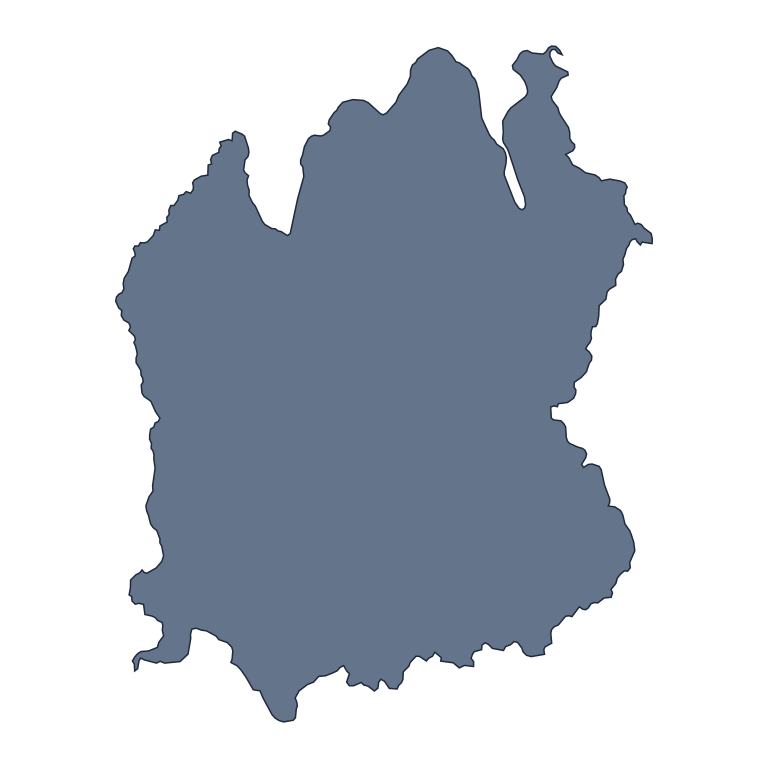 Itamarandiba, Minas Gerais, Brazil
{"feature_id": "56859067B40667879331711", "entity_name": "Itamarandiba", "entity_type": "district", "adm_level": 2, "iso_a3": "BRA", "parent_name": "Brazil", "parent_adm1": "Minas Gerais", "projection": "natural_earth1", "projection_center": [-42.866, -17.848], "detail": "fine", "context": "isolated", "style": "filled", "palette": "slate", "viewbox_px": 768, "rotation_deg": 0, "n_neighbors": 0, "source": "geoboundaries", "source_scale": "gbopen_adm2", "svg_char_len": 6079}
<svg xmlns="http://www.w3.org/2000/svg" viewBox="0 0 768 768"><path d="M640.3,245.0L642.2,242.1L652.1,243.6L652.3,238.8L651.1,233.4L644.1,228.1L641.2,224.5L637.8,223.2L635.0,224.4L630.4,215.1L627.5,211.9L627.0,207.9L624.4,204.7L623.9,195.7L625.6,193.3L625.9,190.0L627.2,187.1L624.8,182.9L620.0,181.0L609.8,179.1L601.3,180.8L599.1,177.7L595.2,175.0L585.4,172.7L579.2,168.1L572.6,164.8L568.7,157.4L565.6,154.6L573.0,150.6L574.7,147.6L574.5,144.4L571.8,142.1L569.8,138.4L569.7,132.2L568.4,127.3L560.9,115.9L559.2,112.6L557.8,107.6L552.2,100.3L551.2,96.5L556.8,87.5L559.1,81.1L561.2,78.2L568.2,75.1L567.7,71.9L555.5,65.9L552.9,62.7L549.8,56.1L550.1,52.1L552.1,49.5L555.2,49.5L557.9,53.0L562.1,54.7L559.6,50.1L555.7,46.4L551.5,46.1L548.6,47.8L546.0,51.8L543.0,54.1L532.0,53.0L527.3,50.5L522.7,51.4L519.7,54.1L517.0,59.6L512.4,65.4L513.2,69.4L520.3,75.0L524.6,81.3L526.6,86.2L527.6,91.1L527.0,94.3L524.8,97.2L510.8,107.9L508.0,111.4L502.7,121.1L503.3,131.9L502.7,139.3L503.6,142.8L507.5,149.0L509.0,152.8L517.9,180.1L524.5,196.9L525.6,204.7L524.6,208.1L522.0,209.8L519.1,208.4L514.8,202.2L504.3,175.2L504.2,171.6L506.0,163.5L506.4,157.7L505.3,152.8L503.3,148.8L496.8,144.3L494.2,140.0L491.4,137.6L489.2,134.4L481.7,118.0L478.7,91.5L476.1,81.8L474.6,78.8L471.7,75.7L470.2,71.6L468.2,68.9L459.1,62.7L456.1,61.9L451.9,55.5L447.6,50.9L438.3,47.6L429.1,50.3L417.7,58.9L415.6,62.6L412.4,65.0L410.5,70.0L410.4,76.3L407.2,84.1L398.8,95.3L396.0,102.2L386.5,113.1L383.1,114.8L380.3,113.6L368.2,102.7L363.5,100.4L352.8,99.6L342.7,102.3L338.3,107.2L336.8,110.3L334.0,112.7L329.2,119.9L328.3,123.9L330.6,127.2L329.9,130.6L323.7,135.1L320.8,136.0L314.3,135.2L311.5,136.2L308.4,138.8L304.4,146.7L302.4,155.6L300.6,159.9L300.7,164.0L302.8,166.8L303.8,176.6L297.7,198.5L290.2,233.6L287.4,235.6L281.0,231.5L278.1,231.0L275.5,228.9L271.7,228.5L264.8,224.5L262.3,221.2L255.3,206.1L252.5,202.7L249.0,195.5L249.2,190.3L247.6,185.6L247.0,180.0L248.6,175.8L245.1,172.8L243.6,170.0L245.0,160.0L248.0,156.5L248.9,152.6L248.4,148.0L244.6,136.2L242.1,134.2L235.2,131.2L232.6,133.2L232.1,140.7L228.4,139.5L219.7,142.2L221.2,145.9L219.2,148.5L218.8,152.4L212.3,155.4L210.6,159.6L211.6,164.0L208.2,165.0L207.8,175.1L201.2,176.2L194.4,179.9L192.6,182.9L193.4,186.3L193.1,189.8L190.7,193.2L186.2,191.6L183.5,194.4L178.9,195.6L177.9,200.1L174.0,205.5L170.8,205.5L168.9,210.0L169.1,214.7L166.8,217.3L167.2,222.0L159.9,226.0L159.4,230.3L155.2,229.9L153.3,235.5L147.4,241.9L144.2,242.9L140.3,242.7L138.4,246.1L135.0,245.9L133.3,248.8L134.9,252.8L135.2,256.0L132.1,258.2L128.4,271.4L124.1,278.5L123.2,283.6L123.9,288.8L122.0,292.6L118.8,294.2L116.5,297.0L115.7,301.3L118.8,308.0L121.7,310.5L121.3,315.7L124.0,320.2L128.9,323.0L130.5,327.0L128.8,330.5L134.5,336.2L135.4,339.6L133.9,342.5L135.7,346.6L137.3,354.1L136.1,358.0L136.1,362.6L140.8,370.4L141.0,374.9L142.6,378.1L143.2,381.8L141.2,385.0L142.0,393.1L143.9,396.3L150.9,401.3L155.4,411.4L159.9,418.2L158.4,421.4L155.1,423.0L153.8,427.0L150.6,429.1L149.7,434.7L149.6,439.2L151.5,443.5L151.1,448.2L153.2,451.5L154.0,455.3L153.8,458.8L155.1,468.3L152.6,485.7L153.0,491.1L149.0,496.8L145.9,505.8L146.7,511.1L148.4,515.1L150.6,523.9L153.1,527.6L156.8,530.5L159.9,538.8L159.9,542.9L161.7,546.1L163.6,555.9L161.8,561.4L156.1,568.0L146.9,573.2L144.2,572.5L142.1,569.9L139.9,572.7L135.9,574.8L130.6,580.0L130.4,587.8L129.1,594.9L131.6,596.5L132.0,601.0L135.2,604.2L138.8,603.3L143.6,604.5L144.9,614.5L151.7,616.0L155.1,617.5L157.7,620.5L162.1,622.4L162.8,625.5L162.3,630.2L163.6,635.9L158.8,642.3L157.4,647.4L148.4,651.0L141.1,651.5L137.7,653.6L134.8,656.9L132.4,661.0L134.3,663.9L134.7,671.0L137.7,668.6L139.0,660.7L140.8,658.1L144.3,659.9L156.5,663.1L160.1,661.3L164.7,663.1L180.0,661.6L188.0,654.2L190.7,638.6L190.5,634.2L191.9,629.0L196.4,628.3L201.6,630.2L206.3,630.8L216.2,636.1L218.8,639.6L227.2,642.5L231.8,647.2L232.8,651.0L232.1,659.1L230.9,662.5L237.2,665.8L240.8,669.7L246.2,677.5L253.3,689.8L260.0,690.8L263.1,698.1L272.0,714.6L275.2,718.1L279.0,720.5L283.7,721.9L293.1,720.3L295.4,717.9L296.3,709.0L297.3,705.9L296.8,702.2L295.2,697.9L299.2,690.8L307.3,684.6L313.6,682.1L318.7,676.4L325.4,675.8L332.8,672.9L337.2,670.8L340.1,667.4L343.6,665.6L346.9,671.3L349.4,673.7L346.6,682.1L349.3,685.7L353.4,685.8L361.3,682.5L363.7,685.0L368.0,686.1L374.4,691.0L377.9,688.2L378.7,682.1L380.9,679.3L384.5,681.3L389.3,688.4L397.1,689.0L398.7,685.4L401.5,682.6L402.9,679.5L403.3,671.8L408.9,666.2L410.1,662.6L416.0,656.2L419.5,656.4L426.4,661.0L428.6,658.3L432.5,656.2L434.9,652.2L441.3,657.6L440.7,661.1L453.3,662.8L459.3,667.9L464.5,665.4L473.6,666.5L473.6,661.6L471.1,658.4L472.2,655.0L474.1,651.7L481.6,649.7L482.0,645.1L485.1,642.8L488.5,644.4L492.4,648.4L503.5,650.5L505.7,646.5L510.4,644.8L514.1,641.6L517.5,642.3L521.8,648.0L523.1,651.9L526.5,655.3L531.2,656.6L544.5,654.3L543.8,649.8L545.0,646.9L551.7,643.2L550.8,633.3L551.6,629.5L554.4,626.6L558.3,625.0L565.5,616.3L568.9,615.8L572.0,616.6L579.3,606.8L582.9,609.3L585.7,609.7L588.2,608.0L591.0,603.8L594.1,602.6L597.8,602.9L604.1,598.0L611.1,597.3L612.5,593.0L611.0,589.4L615.8,583.5L617.3,578.1L620.7,573.9L624.4,570.8L627.7,571.2L630.3,567.7L629.7,562.5L634.8,550.7L633.7,542.3L631.2,534.4L629.7,530.7L625.0,524.1L622.7,514.7L620.6,510.7L614.9,506.9L608.3,506.0L609.6,502.9L609.8,499.2L604.4,484.7L601.2,469.6L599.1,466.3L592.1,464.0L588.1,464.5L583.6,467.4L581.6,464.4L585.6,457.9L586.6,454.1L585.0,450.3L582.4,448.4L577.8,447.1L569.5,443.4L567.5,441.1L566.3,437.4L565.6,426.8L563.6,423.5L560.9,420.8L553.6,419.9L551.3,418.0L550.7,407.0L554.2,405.9L557.4,406.7L558.3,403.7L567.6,402.5L573.6,398.2L575.6,393.9L575.9,390.0L574.0,387.1L574.4,382.2L581.2,377.5L586.4,371.8L589.2,363.3L591.5,360.1L591.8,356.0L589.1,351.8L585.7,349.0L587.4,345.6L590.0,342.4L591.5,338.3L590.9,335.0L591.2,331.0L592.5,326.8L595.8,326.5L597.4,323.5L598.7,316.0L599.2,305.6L605.9,299.2L607.1,292.1L609.3,289.3L615.8,285.3L615.5,279.2L618.1,274.0L621.4,271.4L623.5,264.7L622.9,259.3L624.8,254.9L626.5,248.5L628.8,245.2L630.1,241.7L632.4,239.5L635.7,238.8L637.1,241.7L640.3,245.0Z" fill="#64748b" stroke="#1e293b" stroke-width="1.5"/></svg>